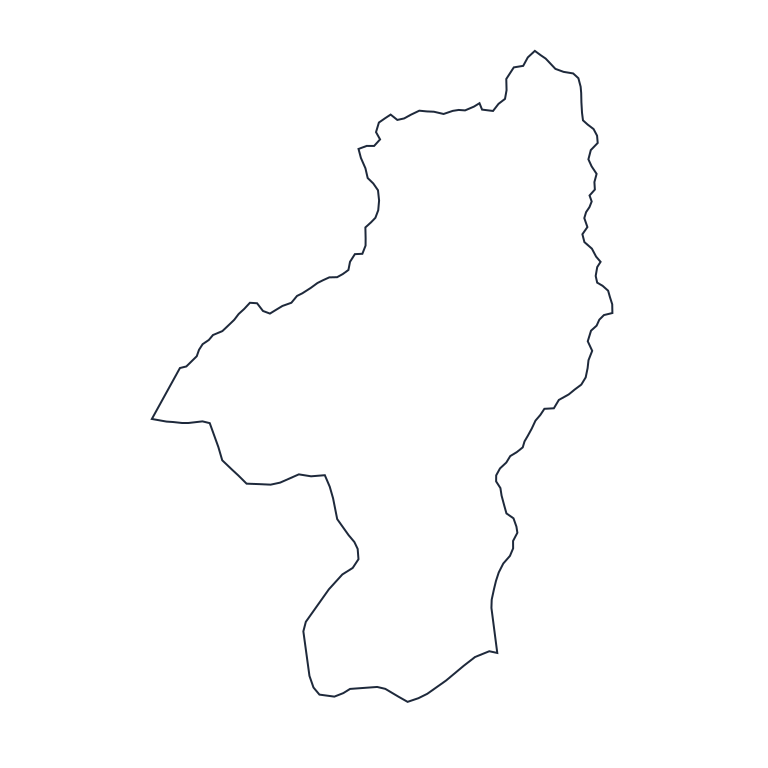 the district of Moreilândia, Pernambuco, Brazil, rotated 175°
{"feature_id": "56859067B7731358809520", "entity_name": "Moreilândia", "entity_type": "district", "adm_level": 2, "iso_a3": "BRA", "parent_name": "Brazil", "parent_adm1": "Pernambuco", "projection": "mercator", "projection_center": [-39.529, -7.615], "detail": "fine", "context": "isolated", "style": "outline", "palette": "slate", "viewbox_px": 768, "rotation_deg": 175, "n_neighbors": 0, "source": "geoboundaries", "source_scale": "gbopen_adm2", "svg_char_len": 2612}
<svg xmlns="http://www.w3.org/2000/svg" viewBox="0 0 768 768"><g transform="rotate(175 384 384)"><path d="M505.7,293.6L496.1,294.8L476.7,301.4L464.7,298.4L450.9,298.3L447.0,286.4L444.7,274.6L442.4,253.5L432.5,236.6L427.3,229.2L424.6,222.0L424.7,211.7L431.2,203.5L442.1,197.9L456.8,184.3L482.6,153.9L485.9,144.6L483.7,99.7L480.7,87.8L475.4,80.2L460.7,76.9L451.5,79.6L444.4,83.2L417.2,82.8L409.3,80.2L396.9,71.3L388.2,65.3L377.1,68.0L367.9,71.6L348.0,83.2L329.2,96.3L317.1,104.1L302.4,108.6L294.6,106.2L296.5,151.6L295.5,159.8L292.3,170.1L289.6,178.1L286.1,186.3L280.8,194.8L273.5,201.8L269.7,209.0L269.1,216.4L264.1,224.2L264.5,230.3L266.7,238.9L273.3,244.4L274.8,252.4L276.6,262.6L277.1,270.2L280.8,277.2L280.2,283.2L275.8,289.8L269.0,295.1L264.5,301.2L257.6,304.6L251.3,308.8L249.0,314.6L245.3,319.8L240.7,326.7L236.3,334.3L230.9,339.6L226.4,345.3L216.9,345.0L211.2,352.9L200.9,357.5L194.6,361.8L187.5,366.2L182.5,373.0L179.8,382.0L178.2,389.9L173.7,398.9L177.3,408.8L173.1,419.1L167.1,423.6L163.9,429.3L158.9,433.5L150.3,434.8L149.7,443.5L151.4,451.1L152.6,457.4L157.6,462.7L162.8,466.4L163.7,473.2L161.4,481.9L157.6,486.8L161.6,492.4L165.1,500.7L172.0,507.9L173.3,515.9L167.7,522.6L170.0,531.8L167.7,537.6L163.9,542.3L161.2,547.7L162.8,553.9L157.0,559.3L156.8,566.8L153.9,574.8L158.2,582.7L160.8,590.0L157.6,599.0L150.1,605.5L150.1,612.8L153.0,619.7L158.5,624.7L162.8,629.3L163.1,636.9L162.8,647.4L162.2,656.7L162.2,663.0L163.7,671.7L168.5,676.9L177.9,679.3L185.8,683.0L190.7,689.2L194.6,694.1L199.5,698.1L204.7,702.7L212.3,696.8L217.6,688.8L227.1,688.1L235.6,677.2L236.3,666.0L238.6,657.5L245.5,653.1L251.6,646.5L262.4,648.8L264.4,655.4L270.2,652.5L279.4,649.5L285.7,650.5L291.7,650.1L301.1,647.8L310.6,650.9L317.5,651.8L325.0,653.2L333.8,649.9L340.8,646.8L347.7,645.9L353.9,651.8L359.5,648.8L366.3,644.9L370.0,635.6L366.6,628.0L373.1,622.0L380.4,622.7L388.9,620.4L387.3,611.2L383.7,600.5L382.3,590.6L377.2,584.7L373.1,577.5L372.9,567.2L374.6,557.6L378.1,550.3L382.7,546.3L388.9,541.6L389.6,530.8L390.3,523.5L394.2,515.6L401.7,515.9L407.2,508.7L409.5,500.7L415.5,497.1L421.4,494.5L429.2,495.0L435.7,492.7L441.5,490.4L448.6,486.1L457.4,481.5L463.0,479.3L469.2,473.0L478.4,470.6L485.9,466.9L491.5,464.1L498.2,467.3L503.4,475.5L510.5,476.6L516.8,470.9L522.7,466.4L527.6,461.0L534.2,455.7L540.4,450.8L550.1,447.7L554.7,443.1L561.2,439.5L565.3,434.2L568.1,428.0L579.4,418.7L585.9,417.7L618.3,369.4L603.9,365.5L597.4,364.5L588.8,362.8L582.3,362.2L568.1,362.6L561.0,360.2L554.5,335.6L551.8,322.1L542.3,311.3L537.1,305.6L529.6,296.7L516.8,295.1L505.7,293.6Z" fill="none" stroke="#1e293b" stroke-width="2"/></g></svg>